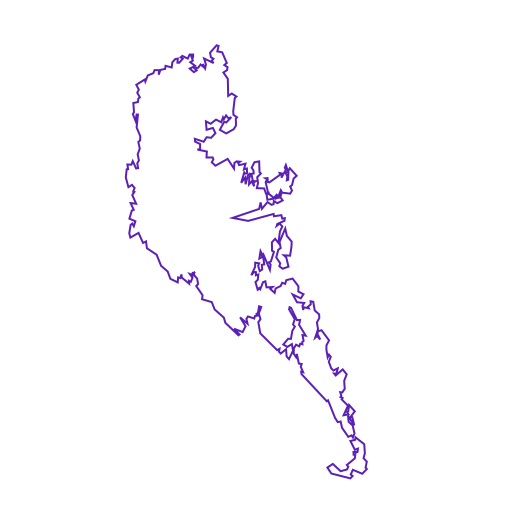 Askøy nor, Hordaland, Norway, rotated 192°
{"feature_id": "86288312B29517582925264", "entity_name": "Askøy nor", "entity_type": "district", "adm_level": 2, "iso_a3": "NOR", "parent_name": "Norway", "parent_adm1": "Hordaland", "projection": "mercator", "projection_center": [5.11, 60.485], "detail": "fine", "context": "isolated", "style": "outline", "palette": "violet", "viewbox_px": 512, "rotation_deg": 192, "n_neighbors": 0, "source": "geoboundaries", "source_scale": "gbopen_adm2", "svg_char_len": 6125}
<svg xmlns="http://www.w3.org/2000/svg" viewBox="0 0 512 512"><g transform="rotate(192 256 256)"><path d="M128.1,98.3L125.2,100.4L123.5,98.7L122.8,103.0L126.2,110.3L130.9,113.1L132.8,118.8L124.7,110.8L128.3,118.3L130.4,117.5L127.1,124.6L133.9,129.6L133.5,123.2L134.6,122.4L132.6,120.3L137.2,118.4L134.9,128.7L142.4,133.6L141.8,135.1L144.0,135.6L143.4,136.9L145.3,140.3L143.2,140.5L141.6,144.6L143.8,152.2L142.7,159.1L147.6,163.1L153.2,155.7L155.2,157.3L152.8,157.8L152.7,163.1L156.5,160.1L159.1,161.8L162.8,167.7L161.9,172.9L164.1,174.7L164.8,171.8L167.7,179.1L168.5,183.2L167.0,188.7L176.5,197.0L179.7,195.3L179.7,192.5L175.8,187.7L179.6,190.4L181.1,188.4L180.1,197.3L182.6,203.6L181.2,208.5L182.1,212.0L187.2,214.9L190.5,223.1L193.2,223.1L192.4,220.1L194.7,217.1L193.5,215.8L198.5,215.8L198.6,213.0L200.2,216.9L199.1,220.1L206.3,219.3L212.1,226.0L203.4,223.9L201.6,228.5L207.2,230.0L208.2,235.2L215.5,241.5L221.3,238.7L221.7,234.8L224.8,235.3L225.7,231.7L230.1,228.3L230.1,223.8L235.2,226.8L233.4,229.1L239.2,227.5L241.6,233.2L243.7,231.8L244.9,224.5L246.6,226.3L245.7,225.1L247.3,223.3L251.1,230.4L249.3,233.1L249.9,238.4L252.1,237.1L252.7,240.2L254.6,240.0L256.6,236.3L254.6,245.1L255.4,249.3L251.4,249.5L251.9,247.0L249.2,242.0L247.1,244.1L248.5,248.6L246.2,249.5L248.9,257.0L252.2,254.2L252.6,261.7L250.5,259.1L251.4,257.4L249.4,259.5L239.5,245.3L239.9,250.6L242.1,252.5L240.3,253.8L239.3,263.8L241.4,264.5L243.3,272.7L240.9,276.8L236.8,273.5L237.7,285.0L236.4,290.3L239.6,292.7L242.0,289.8L241.8,291.8L235.5,296.3L235.7,299.0L238.1,298.0L239.7,301.2L246.7,298.6L247.5,300.8L271.0,288.7L286.8,288.4L262.7,302.7L262.6,309.4L260.0,303.4L256.0,311.1L251.3,309.3L249.6,310.4L250.0,313.4L246.1,312.1L241.5,315.9L244.2,318.4L256.6,313.4L258.1,317.4L257.3,320.0L259.2,319.1L262.1,323.8L269.3,322.5L269.2,327.7L271.2,333.3L268.4,337.7L270.0,338.8L272.6,349.2L277.0,347.4L278.6,341.4L276.3,339.2L275.4,336.3L277.6,335.4L274.5,328.5L271.8,329.1L273.7,327.4L272.3,323.8L275.7,328.2L277.7,324.6L278.9,331.5L278.0,333.1L279.4,335.0L280.7,333.1L281.1,324.0L282.9,330.4L285.7,324.5L284.9,335.3L283.7,334.3L281.9,335.1L283.1,339.7L285.8,338.2L285.5,344.1L291.4,341.4L292.8,343.3L291.3,344.9L294.7,344.5L296.5,342.5L295.7,336.9L303.9,345.1L314.4,335.9L318.7,338.4L317.8,341.8L318.9,343.4L324.9,342.1L325.8,348.0L335.4,347.9L333.0,349.1L333.9,353.9L339.3,355.2L340.2,357.9L330.9,356.9L329.0,361.9L324.5,362.3L321.2,367.7L324.8,372.3L330.6,369.2L333.0,377.3L327.8,375.9L323.5,381.1L317.8,379.6L317.1,384.7L315.9,383.0L314.5,387.3L311.5,384.9L309.0,386.7L312.9,380.4L315.0,380.7L317.6,371.9L310.6,369.7L304.1,375.5L302.7,379.5L304.3,386.1L303.4,387.7L307.4,389.4L308.4,393.0L309.6,406.1L308.3,407.9L313.5,409.9L316.5,406.8L320.4,423.4L326.0,428.7L323.0,431.8L323.1,434.8L326.7,436.2L324.7,438.7L331.4,448.2L336.4,448.1L336.3,453.7L338.3,453.9L343.2,445.3L341.4,441.0L338.6,440.1L339.9,437.8L337.6,435.9L347.8,438.4L344.8,432.9L344.8,428.9L347.9,432.8L346.8,430.1L350.0,431.8L351.7,428.1L355.3,426.8L352.6,425.3L355.0,422.9L359.8,425.6L355.0,429.3L360.6,431.9L358.4,434.0L361.0,438.2L359.0,437.6L359.4,440.0L362.8,439.3L363.8,434.9L369.7,436.4L371.0,434.6L368.6,433.8L371.4,429.0L373.1,428.8L373.5,432.8L375.8,432.0L378.1,428.1L377.7,422.9L384.0,423.2L383.8,420.1L388.2,418.2L388.9,413.1L389.5,417.6L393.9,416.7L394.4,413.5L399.4,410.1L400.5,403.6L401.5,405.5L408.7,398.6L405.2,394.3L406.1,391.0L402.6,387.1L403.8,385.5L403.5,382.0L407.8,380.2L405.2,371.2L406.0,369.3L401.9,363.1L402.2,369.6L400.9,369.8L399.5,356.9L394.1,349.1L393.4,344.9L394.8,343.1L392.0,336.8L392.9,330.9L390.4,325.2L391.4,322.0L389.6,317.4L391.5,316.7L396.3,323.2L396.9,319.4L400.8,318.8L399.2,314.3L400.5,313.9L399.7,305.8L395.1,296.8L392.1,299.8L388.9,297.3L389.5,293.4L388.3,293.3L389.7,289.9L384.1,282.2L389.7,281.7L385.2,275.8L386.9,274.7L387.6,266.2L381.2,264.9L381.7,259.7L383.8,262.0L385.1,260.3L384.7,251.9L382.7,247.9L375.7,254.2L369.2,245.3L366.6,247.4L364.3,240.9L353.5,236.6L346.8,226.7L339.2,222.5L335.0,215.9L327.1,213.9L327.7,218.9L325.4,218.7L325.1,222.5L324.0,219.4L315.6,215.0L316.4,217.8L314.4,217.2L313.6,221.5L317.1,224.7L314.3,224.4L314.5,227.2L313.6,225.1L313.3,226.7L312.3,227.9L313.2,226.4L312.2,224.1L308.9,221.7L306.8,216.5L308.2,214.2L300.1,206.5L299.8,202.5L289.7,201.7L285.3,195.1L274.7,189.1L272.1,184.3L256.7,174.8L255.8,175.8L262.3,180.3L253.3,178.8L251.6,185.1L258.8,192.7L250.2,188.0L252.3,192.5L251.3,195.2L244.7,194.5L244.6,197.0L242.4,197.9L244.0,200.0L242.2,199.1L242.5,207.5L240.3,207.2L241.3,200.3L238.5,195.1L240.0,191.8L235.7,181.2L215.7,168.3L213.7,170.1L213.6,167.2L211.6,165.7L207.2,171.1L205.2,164.2L202.3,162.0L200.1,171.2L202.6,177.3L206.4,173.6L210.9,175.1L207.4,181.7L204.6,182.2L204.9,190.4L203.3,195.1L205.5,196.7L205.0,202.3L212.5,210.6L212.5,212.9L211.0,212.6L202.6,201.8L199.6,202.7L199.6,197.7L190.8,188.4L194.1,188.3L191.8,182.9L192.9,181.4L192.2,179.3L194.5,179.4L194.9,176.6L198.4,177.6L199.8,173.4L198.8,168.3L195.8,165.4L195.7,168.7L191.7,159.7L188.9,159.9L189.2,157.0L185.7,152.1L187.7,152.2L187.0,150.0L156.5,128.6L155.5,129.8L145.1,114.2L141.5,110.5L138.8,111.7L136.1,105.8L128.1,98.3ZM117.5,58.1L115.8,60.9L117.9,62.0L116.8,67.0L106.8,65.1L103.3,70.7L104.8,71.7L104.9,77.9L108.8,80.6L108.5,85.7L111.0,94.4L120.9,99.3L120.9,96.7L125.2,94.7L119.0,87.0L116.2,88.8L116.0,85.3L119.9,84.6L119.2,82.0L117.6,82.8L117.3,78.5L123.7,70.5L121.9,69.1L122.6,66.1L128.5,63.1L137.6,68.6L142.2,63.9L137.1,58.9L117.5,58.1ZM257.1,319.9L250.7,316.5L248.9,319.5L248.3,317.3L247.4,319.9L244.4,319.3L244.2,321.9L246.1,321.4L245.4,325.5L243.6,323.4L235.5,324.1L234.4,327.5L237.0,331.1L235.5,332.9L235.3,339.6L232.9,342.9L241.2,348.9L242.0,346.7L240.4,337.2L241.6,336.5L241.8,340.1L244.4,343.7L242.2,345.1L245.7,351.2L246.2,348.3L244.7,346.8L247.4,337.8L247.6,342.1L250.2,342.1L249.3,340.5L258.2,330.8L259.8,330.8L260.9,334.6L262.8,334.0L261.0,333.4L261.9,330.2L257.1,319.9ZM227.3,249.1L222.0,252.3L226.1,260.9L228.9,262.5L222.7,263.4L223.3,272.9L224.1,277.5L230.0,282.1L233.1,288.9L235.9,274.6L233.5,268.9L235.5,266.7L235.9,258.8L230.8,253.9L231.0,250.8L227.3,249.1Z" fill="none" stroke="#5b21b6" stroke-width="2"/></g></svg>